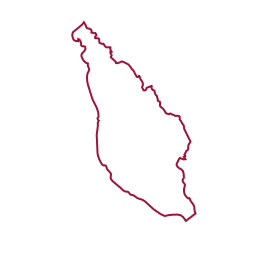 the County of Nimba, rotated 139°
{"feature_id": "LBR-791", "entity_name": "Nimba", "entity_type": "County", "adm_level": 1, "iso_a3": "LBR", "parent_name": "Liberia", "parent_adm1": "", "projection": "robinson", "projection_center": [-8.946, 6.763], "detail": "fine", "context": "isolated", "style": "outline", "palette": "rose", "viewbox_px": 256, "rotation_deg": 139, "n_neighbors": 0, "source": "natural_earth", "source_scale": "10m", "svg_char_len": 4172}
<svg xmlns="http://www.w3.org/2000/svg" viewBox="0 0 256 256"><g transform="rotate(139 128 128)"><path d="M153.8,35.1L158.1,37.6L159.9,41.7L162.0,49.9L163.3,61.3L163.9,63.5L164.5,64.9L166.3,67.7L167.0,69.3L167.8,72.9L168.2,73.8L169.5,75.6L169.9,76.5L169.9,77.3L169.7,78.7L169.8,79.5L170.2,80.2L171.7,81.9L172.3,83.2L172.6,84.2L172.8,87.1L174.5,98.2L174.3,101.0L173.5,102.1L171.4,104.0L170.8,105.0L170.7,107.1L170.8,109.0L170.7,110.8L169.4,114.0L169.9,114.9L170.8,115.6L171.3,116.2L171.4,117.8L171.2,119.5L170.3,123.0L169.0,126.3L167.6,128.9L158.3,140.6L156.3,143.2L148.9,149.8L147.5,151.7L147.2,151.7L145.5,152.8L145.4,152.8L145.5,153.0L145.0,154.6L144.8,155.1L144.4,155.5L143.1,155.7L142.6,156.0L140.1,159.6L138.3,163.9L135.9,173.2L129.7,187.2L128.1,190.0L125.8,193.1L123.0,195.6L120.2,196.8L118.7,197.7L117.4,201.5L115.9,203.0L117.0,204.9L117.3,207.8L116.8,210.8L115.9,213.0L114.3,214.3L110.1,214.8L108.3,215.5L107.0,217.5L107.9,218.9L109.1,220.0L109.1,221.1L107.2,223.8L106.6,226.5L107.2,227.8L108.7,226.2L110.2,227.8L111.1,229.6L110.8,231.7L109.3,234.4L108.3,235.5L106.6,236.4L94.7,236.1L91.9,236.8L92.4,234.1L92.5,233.1L92.6,232.9L93.4,231.3L93.5,230.9L93.4,230.4L92.9,229.5L91.8,227.9L91.5,227.1L91.4,226.5L91.5,226.0L91.9,225.0L92.6,224.3L92.8,224.2L93.0,224.1L93.0,223.9L92.6,223.5L92.4,223.3L92.2,223.1L91.9,222.5L91.6,222.1L91.3,221.7L91.1,221.5L90.9,221.4L90.7,221.4L90.4,221.2L90.4,220.9L90.4,220.4L90.8,219.0L90.9,218.7L91.0,218.6L91.3,218.5L92.1,218.6L92.4,218.6L92.7,218.5L93.0,218.3L93.3,218.1L93.7,217.7L93.8,217.4L93.8,217.2L93.7,217.1L92.0,215.6L91.6,215.0L91.4,214.7L91.4,214.3L91.6,213.9L93.3,211.6L93.4,211.4L93.6,211.1L93.5,210.8L93.3,210.3L92.4,208.6L92.2,208.3L91.6,208.0L91.3,207.7L91.2,207.6L91.2,207.4L91.3,207.0L91.7,205.6L91.7,205.4L91.6,203.8L91.6,203.4L91.3,203.0L90.8,202.5L88.7,200.9L88.5,200.6L88.4,200.4L88.5,200.1L88.9,199.9L89.4,199.6L89.5,199.5L89.5,199.3L89.6,198.8L89.8,198.6L90.1,198.3L90.2,197.8L90.2,196.8L90.2,196.3L90.3,196.1L90.5,196.1L90.9,196.5L91.0,196.9L91.1,197.1L91.3,197.1L91.6,196.9L92.0,196.1L92.2,195.8L92.3,195.5L92.4,194.1L92.6,193.8L92.8,193.5L94.2,193.0L94.4,192.8L94.5,192.7L94.5,192.1L94.4,190.8L94.3,190.3L94.2,189.9L94.2,189.6L94.2,189.1L93.9,186.7L93.8,186.0L94.0,185.5L94.5,185.0L94.3,184.6L93.7,184.1L91.8,183.1L89.3,182.4L89.0,182.3L88.0,180.7L86.0,175.7L86.1,172.2L86.4,170.4L86.4,169.9L86.3,168.1L86.3,167.3L86.4,166.7L87.2,164.1L87.7,161.3L87.7,160.9L87.6,160.5L87.2,160.1L86.9,160.0L86.6,159.9L86.1,160.2L85.9,160.2L85.6,160.2L85.4,160.1L85.3,159.8L85.4,159.5L86.2,157.6L86.4,157.0L86.9,153.7L87.2,152.6L87.4,152.3L88.5,150.7L88.9,150.4L90.3,149.8L90.5,149.6L90.7,149.4L90.9,148.8L91.0,148.6L91.0,148.4L91.2,147.4L91.5,146.6L91.4,146.3L91.3,145.9L90.7,145.4L90.2,145.2L89.4,145.1L88.5,145.5L88.3,145.7L87.7,146.0L86.5,145.7L81.8,144.0L82.9,144.0L83.3,143.8L83.8,143.2L84.4,141.3L84.3,140.5L83.6,139.1L83.6,138.5L84.4,137.5L84.7,136.9L85.0,136.1L85.4,134.4L85.2,133.7L85.2,133.1L85.9,132.0L86.1,131.4L86.3,130.9L86.6,130.3L87.3,129.6L87.5,129.1L87.5,128.4L87.2,127.7L86.8,127.2L86.8,126.7L87.1,126.1L87.5,125.6L88.0,125.2L88.3,124.8L89.1,124.1L89.4,123.5L89.5,122.7L89.0,120.3L88.9,119.1L89.0,117.9L89.6,114.6L89.5,113.7L88.7,112.7L88.2,111.7L87.9,111.5L87.7,111.4L87.2,111.4L86.9,111.3L86.5,111.1L86.2,110.6L85.9,109.3L85.6,108.9L85.2,108.4L84.9,107.8L84.7,106.9L84.4,106.3L84.1,105.8L83.1,105.2L82.7,104.9L82.1,104.0L81.5,103.2L81.5,102.7L83.2,100.7L83.4,100.3L83.5,98.7L83.6,97.6L84.1,96.2L84.1,95.0L84.3,93.3L86.2,90.4L89.5,77.7L89.9,76.6L90.5,76.4L91.9,76.1L93.3,75.6L94.7,74.5L96.0,73.1L97.4,72.2L99.2,72.4L100.0,71.9L102.3,71.1L102.8,71.0L103.1,69.2L103.6,69.0L104.7,69.6L105.2,66.8L106.6,67.8L108.5,71.3L109.9,71.1L114.3,69.2L115.5,68.4L116.1,66.1L115.7,63.9L114.9,61.8L114.7,59.8L115.2,58.5L116.1,56.9L118.0,54.3L118.9,53.6L120.6,53.1L121.5,52.2L121.9,51.1L122.0,48.7L122.4,47.6L123.0,47.1L125.9,45.1L127.6,43.0L128.7,40.9L129.1,38.6L128.9,35.8L128.7,35.3L128.2,35.2L127.8,35.0L127.7,34.2L127.9,33.6L128.5,32.3L128.6,31.7L128.9,27.6L129.6,25.2L132.3,21.5L133.1,19.2L145.3,19.9L144.8,24.3L145.4,27.5L147.4,30.1L150.7,32.9L153.8,35.1Z" fill="none" stroke="#9f1239" stroke-width="2"/></g></svg>